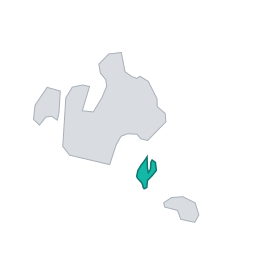 where Lumparland sits in Aland, rotated 19°
{"feature_id": "ALD-4819", "entity_name": "Lumparland", "entity_type": "state/province", "adm_level": 1, "iso_a3": "ALA", "parent_name": "Aland", "parent_adm1": "", "projection": "mercator", "projection_center": [20.249, 60.105], "detail": "fine", "context": "in_parent", "style": "filled", "palette": "teal", "viewbox_px": 256, "rotation_deg": 19, "n_neighbors": 0, "source": "natural_earth", "source_scale": "10m", "svg_char_len": 1071}
<svg xmlns="http://www.w3.org/2000/svg" viewBox="0 0 256 256"><g transform="rotate(19 128 128)"><path d="M114.8,78.1L120.2,78.2L122.5,75.2L131.9,77.3L145.9,90.9L148.7,98.3L158.4,102.1L161.8,109.7L150.6,133.5L143.7,134.0L138.5,131.0L129.4,133.6L124.1,138.1L122.3,147.9L122.6,168.6L81.7,172.7L72.3,166.7L59.4,119.7L62.0,107.5L70.7,102.3L78.1,101.2L79.2,126.6L90.0,124.1L93.5,107.3L94.2,95.5L91.3,89.6L83.9,85.0L79.6,77.1L85.7,64.3L97.1,58.8L106.9,75.8L114.8,78.1ZM57.7,135.8L58.6,143.6L51.9,141.7L46.8,144.4L43.3,154.1L35.8,150.6L32.7,136.7L38.3,115.9L51.9,115.1L57.7,135.8ZM223.3,187.1L221.9,195.4L207.7,197.2L201.7,189.8L188.4,190.8L186.1,187.1L191.6,179.7L202.2,175.1L215.9,177.0L223.3,187.1Z" fill="#d9dde1" stroke="#a8b0b8" stroke-width="1"/><path d="M165.1,151.6L168.6,158.8L166.4,165.1L163.5,171.2L165.1,178.1L163.1,180.2L161.8,179.4L160.6,177.4L159.0,175.5L153.1,172.2L151.9,170.7L151.2,164.9L152.4,159.2L154.2,153.8L155.4,149.0L159.3,159.4L161.7,163.5L162.7,160.0L160.8,152.8L161.2,150.4L165.1,151.6Z" fill="#14b8a6" stroke="#0f766e" stroke-width="1.5"/></g></svg>